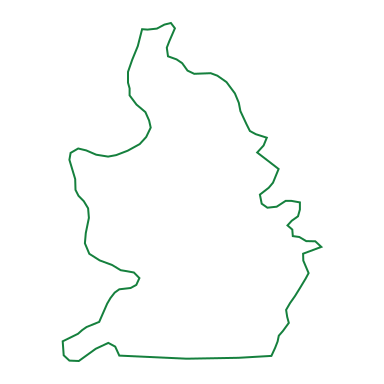 the district of Rancho Alegre, Paraná, Brazil
{"feature_id": "56859067B42499431243626", "entity_name": "Rancho Alegre", "entity_type": "district", "adm_level": 2, "iso_a3": "BRA", "parent_name": "Brazil", "parent_adm1": "Paraná", "projection": "robinson", "projection_center": [-50.921, -23.064], "detail": "fine", "context": "isolated", "style": "outline", "palette": "green", "viewbox_px": 384, "rotation_deg": 0, "n_neighbors": 0, "source": "geoboundaries", "source_scale": "gbopen_adm2", "svg_char_len": 1484}
<svg xmlns="http://www.w3.org/2000/svg" viewBox="0 0 384 384"><path d="M119.3,355.6L186.7,358.7L216.0,358.2L238.6,357.8L271.4,355.9L275.1,347.9L277.6,341.5L278.8,335.7L282.9,331.0L288.8,322.9L287.2,316.9L286.1,309.9L290.1,303.0L294.9,296.2L299.8,288.3L305.7,278.5L308.6,273.1L303.3,260.6L303.1,253.7L321.3,246.9L315.3,241.3L306.2,241.1L299.3,237.0L292.8,236.1L292.3,229.6L287.5,225.4L291.8,220.7L298.0,216.3L299.9,209.5L299.9,202.4L291.5,200.9L285.6,200.9L276.7,206.7L267.4,207.7L261.7,203.7L259.9,194.6L268.7,187.8L273.0,182.7L278.6,169.0L257.2,152.5L263.6,145.5L266.8,137.7L255.8,134.2L249.9,131.0L246.4,124.0L240.4,111.1L238.8,102.8L234.9,93.4L226.5,82.1L217.4,75.7L210.7,73.2L194.2,73.8L187.5,70.6L182.2,63.2L176.6,59.4L168.0,56.3L166.8,47.7L169.2,41.5L174.9,28.3L170.9,23.0L164.4,24.6L156.9,28.6L147.5,29.6L142.1,29.2L137.8,46.1L132.2,59.8L128.0,71.9L128.0,82.7L129.6,88.4L129.6,95.4L136.5,104.6L145.4,112.1L149.1,120.5L150.7,127.6L146.2,137.0L139.7,144.1L127.7,150.7L116.2,155.1L108.1,156.6L96.2,154.7L86.2,150.4L78.2,148.5L70.6,152.9L69.4,159.8L75.2,179.1L75.5,189.9L78.5,195.8L83.8,201.2L88.1,208.3L88.9,217.9L85.8,233.0L84.9,243.3L89.3,253.8L99.7,260.4L112.1,265.0L120.7,270.2L126.8,271.2L133.9,272.5L139.4,278.1L136.3,284.9L130.6,288.0L119.3,289.3L114.7,292.6L110.5,298.0L107.2,303.6L99.2,321.9L86.6,327.0L82.3,330.0L78.0,333.8L62.7,341.3L63.7,355.3L69.4,360.6L78.8,361.0L95.7,348.8L108.3,342.9L115.2,346.6L119.3,355.6Z" fill="none" stroke="#15803d" stroke-width="2"/></svg>